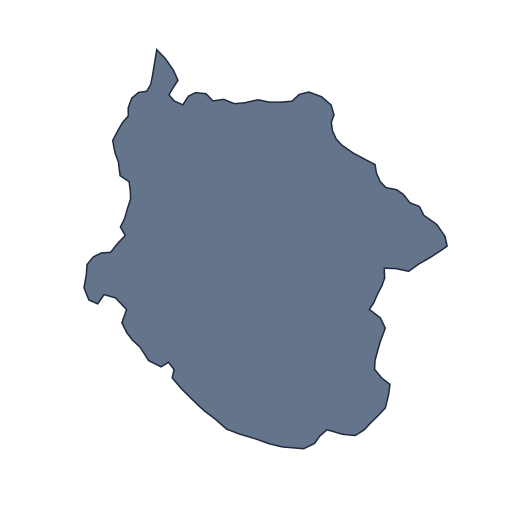 outline of Dores de Campos, Minas Gerais, Brazil, rotated 111°
{"feature_id": "56859067B85692850284281", "entity_name": "Dores de Campos", "entity_type": "district", "adm_level": 2, "iso_a3": "BRA", "parent_name": "Brazil", "parent_adm1": "Minas Gerais", "projection": "albers", "projection_center": [-43.994, -21.101], "detail": "fine", "context": "isolated", "style": "filled", "palette": "slate", "viewbox_px": 512, "rotation_deg": 111, "n_neighbors": 0, "source": "geoboundaries", "source_scale": "gbopen_adm2", "svg_char_len": 1663}
<svg xmlns="http://www.w3.org/2000/svg" viewBox="0 0 512 512"><g transform="rotate(111 256 256)"><path d="M392.2,318.7L393.5,304.9L386.6,299.6L391.4,291.8L399.8,290.6L406.6,278.2L412.0,266.0L416.3,255.9L419.3,248.2L422.6,236.5L428.2,221.4L428.2,207.8L426.9,191.9L426.6,176.5L424.8,162.9L422.0,153.3L418.8,142.4L410.1,134.2L401.2,131.9L392.8,127.5L391.4,111.1L388.0,99.0L379.6,92.7L371.1,89.3L362.2,85.2L351.5,80.8L337.6,82.6L327.9,84.9L324.9,94.8L319.3,104.7L310.6,107.5L301.6,108.4L291.4,109.3L277.0,109.4L269.3,117.6L265.2,131.0L257.6,129.3L247.8,128.9L238.9,127.8L230.5,128.0L221.4,131.9L217.6,120.8L215.6,108.0L205.1,101.1L194.5,92.5L185.1,85.7L178.3,81.1L169.9,86.6L161.8,98.5L157.9,113.9L151.3,121.1L151.1,131.6L145.6,140.6L143.7,148.7L145.6,159.2L141.9,166.9L135.4,173.3L128.0,177.6L126.7,188.9L125.0,202.5L121.6,216.1L117.8,223.4L111.5,229.6L104.2,233.6L96.2,233.8L88.1,240.0L83.8,251.9L84.0,265.5L89.7,273.6L98.6,277.9L103.4,287.8L107.6,298.7L109.4,310.1L117.3,321.9L121.6,330.9L121.3,342.2L126.7,351.8L122.4,360.8L125.1,370.9L131.0,376.4L141.1,378.5L140.6,387.7L136.8,395.0L127.9,393.5L120.0,391.8L112.4,399.4L104.3,411.2L98.9,422.6L110.2,420.3L125.1,417.2L133.5,415.8L141.4,417.1L145.4,424.3L153.3,428.6L163.5,428.4L171.1,425.4L178.9,428.4L187.6,429.8L199.5,431.2L210.0,424.8L217.6,418.1L229.7,411.7L232.1,401.1L240.2,396.7L247.8,393.5L257.9,393.0L268.6,392.1L277.5,393.0L283.8,385.4L293.2,389.5L304.6,393.0L308.7,401.7L315.1,407.5L324.4,410.7L334.1,407.7L347.3,405.2L357.0,396.2L357.4,386.6L346.5,384.0L345.5,372.1L352.4,357.6L366.4,357.3L374.0,349.0L378.7,341.4L382.8,331.3L392.2,318.7Z" fill="#64748b" stroke="#1e293b" stroke-width="1.5"/></g></svg>